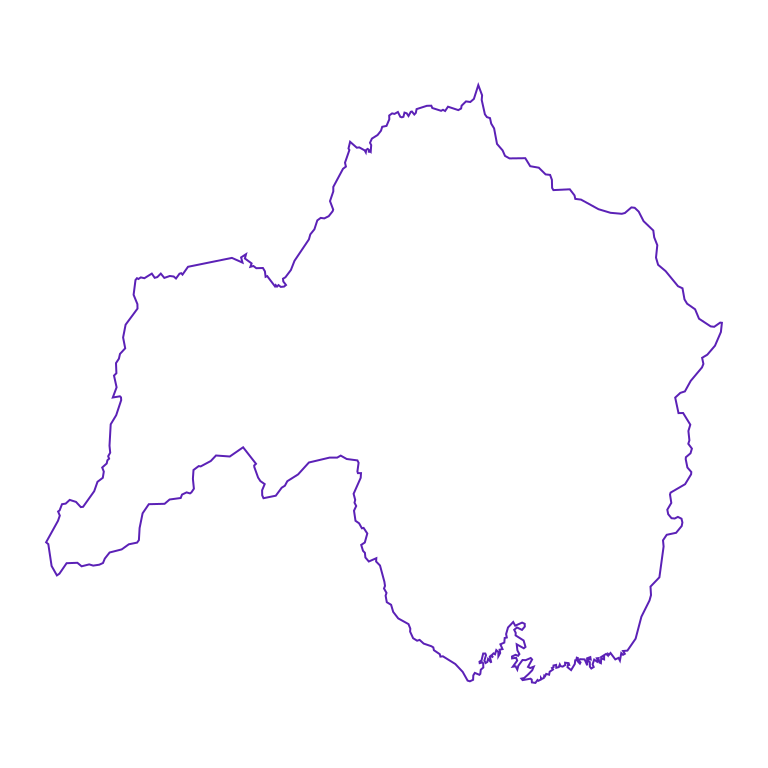 Gokwe North, Midlands, Zimbabwe (Equal Earth projection)
{"feature_id": "62879985B87269615821372", "entity_name": "Gokwe North", "entity_type": "district", "adm_level": 2, "iso_a3": "ZWE", "parent_name": "Zimbabwe", "parent_adm1": "Midlands", "projection": "equal_earth", "projection_center": [28.8, -17.557], "detail": "fine", "context": "isolated", "style": "outline", "palette": "violet", "viewbox_px": 768, "rotation_deg": 0, "n_neighbors": 0, "source": "geoboundaries", "source_scale": "gbopen_adm2", "svg_char_len": 6099}
<svg xmlns="http://www.w3.org/2000/svg" viewBox="0 0 768 768"><path d="M56.9,575.4L59.4,573.7L66.6,563.2L77.4,562.8L81.6,566.3L89.2,564.4L93.2,565.6L99.3,564.7L103.0,563.0L104.8,558.6L109.6,552.5L121.7,549.4L128.8,544.3L137.1,542.6L138.9,540.1L139.6,528.0L142.6,513.3L148.8,504.2L164.6,503.8L169.6,499.5L180.7,498.0L182.0,494.6L186.6,492.4L190.0,493.4L191.4,492.4L193.9,488.7L192.9,478.8L193.5,470.0L198.7,466.1L200.7,466.4L210.8,461.0L216.0,455.5L229.8,456.5L243.1,447.3L256.0,463.8L254.2,465.5L254.3,467.0L258.1,477.6L260.4,481.1L264.7,484.1L262.1,490.3L262.2,495.3L263.5,498.2L275.8,495.7L281.7,487.7L284.9,485.7L287.3,481.2L298.1,474.4L308.9,462.5L329.6,457.6L337.2,457.6L340.7,455.6L346.7,459.0L357.4,460.4L358.6,462.8L357.4,471.4L357.9,473.1L361.0,473.1L360.7,477.8L353.6,493.8L355.2,499.9L354.5,502.7L356.2,506.0L354.0,510.7L355.5,520.8L359.1,523.3L361.9,528.3L363.6,527.9L367.3,533.5L364.8,542.5L361.2,544.9L363.0,550.8L364.9,552.8L365.4,557.5L368.8,561.5L376.3,558.2L376.1,561.5L380.0,565.5L384.4,581.8L385.0,585.9L384.0,588.5L386.5,592.9L385.6,595.7L386.8,602.2L391.1,604.8L393.2,611.9L398.2,618.4L408.5,624.1L410.3,628.6L410.1,631.6L413.1,638.2L417.1,640.7L419.6,639.9L423.7,643.6L431.3,646.2L433.3,647.4L433.9,650.2L439.8,654.2L440.4,656.6L442.9,656.3L455.3,664.0L462.7,671.9L467.6,680.6L469.9,681.3L473.1,679.8L473.3,675.4L474.8,672.9L479.4,674.8L480.3,673.9L480.8,669.7L483.3,667.5L483.2,663.3L482.5,662.4L479.7,663.1L479.5,661.7L481.5,660.4L483.2,653.5L485.3,653.5L486.0,655.2L484.4,660.5L485.6,663.0L487.3,662.0L488.1,658.9L491.3,662.7L489.8,656.6L490.7,655.8L493.0,657.4L491.6,655.3L493.5,653.4L495.0,654.3L496.3,650.1L498.4,652.1L498.4,656.2L500.2,653.0L499.6,649.7L502.5,649.1L500.4,644.3L504.3,642.6L504.7,638.0L506.8,637.5L506.1,634.1L508.0,627.5L513.2,622.0L515.2,625.7L522.1,622.6L524.7,623.8L524.8,626.6L522.0,629.9L517.0,627.5L514.2,629.8L515.7,632.8L515.6,635.4L523.6,640.5L525.5,646.9L523.8,648.3L516.7,644.3L517.4,650.4L519.4,654.1L518.1,655.8L515.6,654.8L512.0,656.5L512.1,658.4L516.1,657.8L517.2,660.6L512.8,666.7L515.6,666.3L517.3,669.6L518.3,665.8L522.5,660.0L525.6,660.2L530.7,658.0L532.1,659.5L528.0,666.9L530.2,668.0L533.7,666.7L532.2,670.3L528.4,674.2L524.2,678.0L521.4,678.6L522.6,680.1L530.5,678.7L531.7,679.6L531.9,682.4L535.4,682.9L537.5,680.0L538.3,680.8L541.0,679.5L541.0,678.0L541.7,679.0L543.8,678.0L544.3,675.6L545.1,676.2L546.2,673.9L549.1,674.7L549.7,671.7L553.0,669.5L552.0,668.0L553.5,667.2L553.5,665.5L556.1,664.9L556.3,667.8L558.8,667.1L559.8,664.5L560.6,666.2L562.7,666.6L565.2,665.0L565.1,662.7L568.6,663.1L569.2,664.9L567.9,665.0L567.5,667.2L571.1,670.1L574.8,664.0L575.2,660.3L576.3,660.1L576.8,657.7L577.9,658.1L577.7,661.3L579.9,663.6L580.5,662.4L578.9,660.8L580.1,659.2L584.6,659.4L587.2,665.3L587.1,658.3L590.3,657.1L590.7,659.5L588.8,659.1L588.0,661.2L589.8,662.1L589.9,666.7L591.3,668.5L593.7,667.0L592.6,664.4L594.2,659.6L597.2,661.8L597.9,660.5L596.8,658.3L598.4,658.1L599.4,662.5L600.9,663.2L601.2,658.4L604.1,659.4L604.1,656.5L602.0,656.5L606.1,653.9L607.9,655.5L608.1,653.9L609.1,654.7L610.5,653.0L615.3,659.4L618.5,657.9L619.9,660.6L621.3,653.1L623.0,654.8L624.8,653.8L623.1,651.0L627.4,650.6L635.6,638.7L641.4,616.7L649.5,600.5L651.0,595.1L650.5,586.6L659.4,577.3L663.6,546.5L663.0,540.3L666.7,534.8L676.1,532.8L681.7,526.0L682.4,522.5L681.5,518.7L677.9,516.9L674.7,518.5L671.5,518.2L668.2,514.2L667.3,509.7L671.3,502.9L670.0,494.5L670.6,492.6L685.1,484.2L691.1,474.3L691.3,472.0L687.4,467.5L685.7,459.1L685.9,457.2L690.5,453.3L691.9,448.6L688.3,443.8L689.4,440.3L688.4,431.0L690.3,424.7L683.1,413.0L678.5,413.1L675.2,397.6L680.3,392.9L684.9,391.4L690.7,380.9L702.0,367.4L703.4,363.9L702.1,357.8L707.3,354.7L715.0,345.7L720.9,332.0L721.9,322.8L720.2,322.6L714.2,326.8L710.7,326.4L699.0,318.7L695.1,309.3L687.1,303.7L684.5,299.4L682.5,288.3L678.0,286.2L665.6,271.1L658.1,264.8L656.0,257.6L657.3,245.2L654.2,237.3L653.3,230.5L643.6,221.2L638.7,211.6L634.7,207.8L631.4,207.4L624.9,213.0L621.8,213.8L610.5,212.8L598.5,209.2L581.0,199.6L575.3,198.9L574.5,195.4L569.8,189.3L553.4,190.1L552.1,187.9L551.9,179.8L550.1,174.9L545.6,174.4L538.8,167.7L530.2,166.2L525.3,158.2L509.5,158.4L505.0,155.9L502.6,150.4L497.0,143.9L494.1,128.4L491.2,123.6L490.0,118.1L486.9,117.1L484.9,114.3L481.7,99.9L482.1,95.3L478.3,85.1L473.9,98.9L470.3,102.0L466.0,101.4L461.6,105.7L461.1,108.5L458.3,110.1L448.0,106.7L445.1,111.0L443.0,109.8L441.1,110.8L432.3,108.0L431.3,105.7L426.9,105.8L416.6,109.1L415.8,112.9L414.3,114.5L411.9,111.5L410.8,111.8L408.5,116.0L406.7,113.3L404.5,112.6L403.4,116.8L401.8,117.3L400.3,116.8L397.9,112.0L394.5,113.9L392.1,113.4L389.2,115.5L389.3,119.3L386.5,125.9L382.2,126.8L381.0,130.7L377.6,135.0L371.9,138.6L370.0,142.8L371.2,145.1L370.7,151.9L369.4,150.8L368.8,152.6L368.9,149.9L367.7,148.9L366.2,149.9L365.8,152.4L364.7,150.4L359.3,147.4L356.8,147.7L350.1,141.8L348.5,148.5L349.4,150.0L345.0,162.7L345.9,166.6L343.0,168.8L333.3,186.9L333.3,191.4L330.0,201.1L333.2,209.6L332.6,211.3L328.7,216.2L324.3,218.4L320.7,217.9L317.3,220.4L314.4,229.3L310.3,234.4L308.9,239.4L294.5,260.8L290.9,270.0L285.4,277.3L283.0,278.7L283.3,281.5L286.0,285.0L284.0,286.6L280.8,286.9L278.5,285.1L277.0,286.6L275.7,285.1L275.0,286.4L267.2,276.1L265.6,276.8L264.9,271.3L262.9,268.0L256.3,268.2L253.4,266.0L250.4,266.8L251.6,263.4L244.9,258.5L246.0,254.2L241.1,257.4L242.5,262.6L231.9,257.9L188.0,266.8L182.5,274.6L181.2,273.2L179.5,273.7L176.0,278.5L173.7,276.5L169.8,276.0L164.3,277.9L160.8,273.6L157.3,277.1L154.7,277.8L151.8,273.6L144.4,278.2L140.8,277.4L138.4,279.0L137.0,278.2L135.5,280.0L133.6,294.8L137.4,304.1L137.5,308.6L125.6,324.7L123.1,337.5L125.2,348.3L120.0,353.9L118.9,358.7L116.0,363.1L116.4,373.2L114.0,375.6L116.6,387.3L112.8,397.5L119.9,396.3L121.0,397.4L121.2,400.1L116.2,415.2L110.7,424.3L109.5,445.7L110.2,452.7L108.2,456.2L109.1,458.7L107.4,460.3L106.7,463.5L102.2,467.5L103.8,471.6L102.8,477.8L97.5,481.8L94.2,491.2L83.1,506.8L80.8,507.1L76.0,501.9L69.7,499.9L65.7,503.6L62.0,504.2L59.6,510.4L58.1,511.5L59.8,515.6L58.0,520.8L46.1,542.3L48.3,544.1L51.6,566.0L56.9,575.4Z" fill="none" stroke="#5b21b6" stroke-width="2"/></svg>